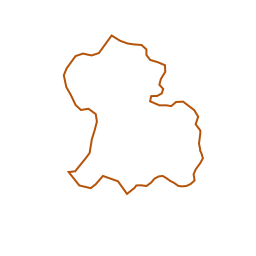 outline of Cheongyang-gun, South Chungcheong, South Korea, rotated 216°
{"feature_id": "91817680B7861346133014", "entity_name": "Cheongyang-gun", "entity_type": "district", "adm_level": 2, "iso_a3": "KOR", "parent_name": "South Korea", "parent_adm1": "South Chungcheong", "projection": "mercator", "projection_center": [126.839, 36.437], "detail": "fine", "context": "isolated", "style": "outline", "palette": "amber", "viewbox_px": 256, "rotation_deg": 216, "n_neighbors": 0, "source": "geoboundaries", "source_scale": "gbopen_adm2", "svg_char_len": 1112}
<svg xmlns="http://www.w3.org/2000/svg" viewBox="0 0 256 256"><g transform="rotate(216 128 128)"><path d="M150.1,57.5L133.6,52.9L122.8,57.4L121.0,63.7L120.1,74.5L104.8,79.0L90.1,74.1L87.5,83.4L87.5,86.4L83.8,89.3L79.0,91.9L77.2,97.4L76.8,102.6L74.6,107.0L71.7,109.6L67.6,110.0L63.2,110.0L58.4,110.7L53.3,110.7L50.0,112.5L46.6,115.5L44.4,119.5L44.2,120.4L43.3,124.7L47.7,129.1L48.9,134.2L48.9,142.0L49.6,147.5L53.3,150.4L56.6,152.3L56.9,153.0L61.4,157.1L66.2,165.9L67.3,167.5L68.0,168.5L75.4,170.7L77.9,178.4L84.9,181.4L98.9,181.7L104.4,177.3L105.9,171.1L110.3,168.9L115.9,164.8L125.8,162.6L128.0,167.4L123.2,171.1L121.0,175.9L122.5,180.3L128.0,181.4L130.2,186.9L130.9,195.4L135.0,200.5L142.7,198.7L150.1,196.1L156.0,197.9L159.3,202.4L165.9,203.1L172.5,199.0L178.1,196.1L185.8,193.9L195.6,193.2L195.6,190.4L195.6,182.3L195.6,171.5L200.1,165.3L208.2,161.7L212.7,155.4L212.7,147.3L212.7,140.1L210.9,132.9L201.9,124.8L193.8,121.2L183.9,115.8L176.7,114.9L171.3,120.3L162.3,120.3L156.9,114.9L153.4,105.9L150.7,97.8L144.4,85.3L144.4,79.9L145.3,61.9L150.1,57.5Z" fill="none" stroke="#b45309" stroke-width="2"/></g></svg>